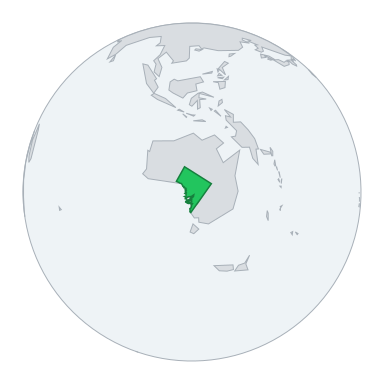 the Earth from above South Australia, rotated 33°
{"feature_id": "AUS-2655", "entity_name": "South Australia", "entity_type": "State", "adm_level": 1, "iso_a3": "AUS", "parent_name": "Australia", "parent_adm1": "", "projection": "orthographic", "projection_center": [136.572, -32.035], "detail": "fine", "context": "on_globe", "style": "filled", "palette": "green", "viewbox_px": 384, "rotation_deg": 33, "n_neighbors": 0, "source": "natural_earth", "source_scale": "10m", "svg_char_len": 9341}
<svg xmlns="http://www.w3.org/2000/svg" viewBox="0 0 384 384"><g transform="rotate(33 192 192)"><circle cx="192" cy="192" r="169" fill="#eef3f6" stroke="#a8b0b8"/><path d="M303.6,169.1L303.5,170.4L303.3,170.4L303.6,169.1ZM339.9,113.4L338.5,110.3L340.3,113.4L339.9,113.4ZM337.0,107.7L337.6,108.9L337.0,107.8L337.0,107.7ZM336.1,106.4L336.7,107.3L336.1,106.6L336.1,106.4ZM335.0,105.1L335.5,105.7L335.0,105.1ZM332.9,102.1L332.3,101.3L332.7,101.6L332.9,102.1ZM231.5,356.3L231.9,356.2L234.0,355.7L231.5,356.3ZM233.8,28.3L228.7,27.8L223.0,25.9L233.8,28.3ZM197.6,23.1L189.5,23.3L197.7,23.5L200.7,24.1L195.4,26.6L171.6,32.4L175.2,35.0L174.0,37.0L167.6,38.3L169.2,35.4L164.7,34.6L166.6,33.0L156.8,34.9L159.1,32.7L150.4,35.6L151.3,37.1L159.1,35.9L150.5,39.9L155.6,43.0L153.8,47.9L137.0,59.2L123.6,64.6L122.2,66.8L118.2,65.5L110.8,71.1L116.8,81.2L115.9,85.1L104.9,95.0L105.0,92.1L94.3,88.7L90.8,98.7L98.9,103.9L101.6,113.1L94.8,111.9L92.2,104.3L88.4,102.8L90.5,94.2L89.4,84.0L82.5,88.8L84.1,84.2L81.5,78.3L72.3,85.5L56.9,104.9L53.1,117.9L48.5,126.5L47.2,113.5L50.6,103.2L47.7,107.0L48.4,103.1L46.6,106.0L53.1,95.9L60.3,86.2L68.1,77.1L76.6,68.5L85.7,60.6L95.4,53.4L105.5,46.9L116.0,41.1L127.0,36.0L138.3,31.8L149.8,28.4L161.6,25.8L173.5,24.1L185.5,23.2L197.6,23.1ZM26.6,226.3L27.0,228.1L30.7,241.4L36.4,257.7L40.7,266.3L44.3,273.7L47.7,279.1L53.4,287.9L61.0,298.4L65.3,303.8L57.4,294.1L50.2,283.8L43.8,273.1L38.2,261.9L33.4,250.3L29.5,238.4L26.6,226.3ZM88.7,276.9L92.0,278.0L91.0,279.5L88.7,276.9ZM29.3,223.7L38.8,251.7L39.0,256.1L35.7,250.6L29.9,235.2L28.5,226.4L26.9,217.9L29.3,223.7ZM141.6,131.5L146.7,131.9L146.6,132.6L141.6,131.5ZM136.2,129.5L141.9,129.2L135.4,131.2L136.2,129.5ZM144.2,129.1L150.0,127.3L152.5,125.9L152.1,127.5L144.2,129.1ZM132.5,130.0L112.6,133.2L105.1,133.0L106.6,129.9L118.9,128.0L132.5,130.0ZM106.1,130.0L94.8,125.8L81.0,111.3L85.9,109.6L100.6,116.3L99.7,118.7L106.5,122.5L106.1,130.0ZM134.2,111.5L133.2,118.2L122.1,119.3L117.1,119.1L113.7,111.6L115.6,107.1L119.6,106.5L136.2,90.8L141.7,93.4L136.4,99.4L141.0,104.3L134.2,111.5ZM53.3,118.7L54.6,124.7L52.3,127.6L53.3,118.7ZM143.8,81.5L136.5,87.5L143.4,79.8L143.8,81.5ZM148.4,74.7L148.4,77.2L146.0,75.0L148.4,74.7ZM121.2,70.0L117.0,71.4L117.3,69.8L123.0,67.0L121.2,70.0ZM152.3,52.6L150.6,56.9L149.3,58.4L148.1,56.0L152.3,52.6ZM266.1,230.8L269.0,234.5L264.5,239.3L257.8,243.2L250.6,241.8L266.1,230.8ZM212.2,226.6L210.2,218.2L217.9,219.4L216.2,226.0L212.2,226.6ZM270.9,228.1L274.9,222.9L274.7,213.6L276.3,223.0L281.4,226.8L270.8,235.0L270.9,228.1ZM178.8,190.7L148.0,204.7L140.7,203.6L141.3,197.4L132.2,181.1L134.4,181.1L131.4,170.4L148.9,159.0L161.1,141.9L172.2,143.1L179.8,131.9L191.8,133.7L188.9,142.5L202.2,150.4L209.2,130.9L219.2,155.0L230.2,166.2L235.6,183.9L223.2,209.8L214.2,213.6L211.6,210.0L208.1,212.5L201.4,209.8L196.0,199.0L192.6,201.5L195.1,194.6L190.6,200.4L186.3,193.8L178.8,190.7ZM265.2,166.6L267.4,168.2L271.5,174.5L267.9,172.0L265.2,166.6ZM298.0,170.3L299.4,173.3L296.9,172.2L298.0,170.3ZM303.3,170.4L300.4,169.2L303.6,169.1L303.3,170.4ZM274.8,157.1L276.1,159.1L275.3,159.2L274.8,157.1ZM273.9,156.1L274.9,154.3L275.0,156.7L273.9,156.1ZM262.5,139.2L263.6,138.5L264.3,139.7L262.5,139.2ZM154.3,131.6L161.2,125.9L165.2,125.4L154.3,131.6ZM260.4,136.1L257.3,134.7L257.5,133.7L260.4,136.1ZM260.5,133.5L260.0,131.7L262.3,136.3L260.5,133.5ZM254.2,127.7L258.2,131.9L253.8,127.9L254.2,127.7ZM252.0,127.3L249.2,125.2L249.3,124.8L252.0,127.3ZM222.3,121.2L232.5,132.9L224.7,130.7L215.8,123.1L209.6,127.3L195.0,124.3L198.1,121.4L196.0,116.3L181.5,113.1L178.5,109.8L183.5,108.1L174.2,105.2L184.4,104.4L188.7,111.0L194.6,106.7L205.0,109.2L215.5,113.1L224.3,119.7L222.3,121.2ZM184.8,118.3L186.6,118.5L185.1,120.3L184.8,118.3ZM243.8,119.9L247.9,124.4L247.5,125.0L245.5,123.9L243.8,119.9ZM226.2,119.0L235.5,116.1L237.8,116.8L231.7,121.2L226.2,119.0ZM233.1,112.0L237.6,113.9L240.0,117.6L239.1,118.2L233.1,112.0ZM163.9,111.6L163.6,113.3L161.0,112.0L163.9,111.6ZM167.2,110.6L175.1,112.7L166.6,112.0L167.2,110.6ZM144.3,105.4L146.5,109.2L153.3,106.3L148.1,110.3L153.0,116.8L151.5,119.5L146.6,112.3L145.2,120.1L142.2,120.2L140.4,113.8L143.3,105.8L146.3,102.5L158.8,100.6L144.3,105.4ZM167.1,105.6L165.1,101.0L166.6,98.0L168.8,100.4L167.1,105.6ZM159.4,90.6L154.5,86.0L149.6,88.0L159.8,81.1L162.8,86.5L159.4,90.6ZM155.8,80.4L151.2,82.2L156.1,78.3L155.8,80.4ZM150.2,80.7L150.1,77.7L153.5,77.9L150.2,80.7ZM158.1,80.4L159.6,75.1L161.0,78.1L158.1,80.4ZM149.6,71.1L156.3,75.5L146.9,74.0L148.2,64.8L152.3,64.2L149.6,71.1ZM183.2,39.3L183.1,37.7L187.3,37.5L186.2,38.6L183.2,39.3ZM200.9,36.4L188.4,36.9L178.3,38.1L180.7,38.9L177.2,41.8L174.4,39.0L182.5,36.1L189.9,35.8L192.4,33.9L198.6,33.1L199.4,30.9L202.6,30.3L204.1,32.3L200.9,36.4ZM199.5,30.0L203.1,27.3L210.4,28.5L211.2,29.4L206.5,30.0L202.9,29.3L199.5,30.0ZM206.1,27.1L202.8,26.5L201.0,23.8L202.4,23.7L207.6,25.7L204.7,25.4L203.8,26.0L206.1,27.1Z" fill="#d9dde1" stroke="#a8b0b8" stroke-width="1"/><path d="M186.1,193.4L185.9,193.3L185.7,193.3L185.6,193.5L185.4,193.5L185.2,193.5L185.3,193.3L185.3,193.2L185.5,193.1L185.2,192.7L185.0,192.8L185.0,192.6L184.8,192.6L184.7,192.4L184.8,192.4L184.7,192.3L184.5,192.5L184.3,192.4L184.1,192.4L184.1,192.5L184.3,192.5L184.2,192.6L183.9,192.6L183.6,192.6L183.2,192.3L182.5,191.9L181.9,191.9L181.8,192.0L181.7,192.0L181.8,192.2L181.6,192.1L181.4,192.2L181.2,192.2L180.8,191.9L180.0,191.4L179.4,191.0L178.5,190.7L178.3,190.7L178.0,190.9L177.5,191.1L175.9,191.1L175.7,191.2L175.4,191.2L174.9,191.3L174.4,191.4L174.2,191.4L173.5,191.5L173.4,191.6L173.1,191.6L172.0,174.9L203.7,174.5L202.8,198.1L202.7,198.0L202.2,209.9L201.6,209.9L201.4,209.8L201.0,209.5L200.9,209.5L200.8,209.4L200.8,209.2L200.6,208.7L200.3,208.4L200.1,208.2L199.6,207.5L199.4,207.3L199.5,207.2L199.5,206.9L199.4,206.7L199.6,206.4L199.8,206.1L199.8,205.6L199.5,204.9L199.1,204.0L199.0,203.9L198.9,203.7L198.3,203.0L197.6,202.5L197.8,202.5L198.9,203.6L199.1,203.9L199.4,204.5L199.4,204.3L199.2,203.8L198.9,203.5L198.8,203.4L198.3,202.8L197.9,202.6L198.0,202.5L198.0,202.4L198.4,202.4L198.4,202.6L198.4,202.8L198.5,202.9L198.7,202.6L198.4,202.3L198.5,202.2L198.7,202.3L198.7,202.2L198.7,201.9L198.6,202.0L198.6,201.9L198.3,201.7L198.3,201.8L198.1,202.0L197.9,201.9L197.7,202.0L197.9,202.3L197.6,202.3L197.5,202.2L197.3,202.2L197.4,202.3L197.6,202.3L197.8,202.4L197.5,202.5L197.4,202.4L197.2,202.4L197.0,202.5L196.9,202.6L196.7,202.7L196.1,202.7L195.9,202.7L195.7,202.6L195.8,202.4L196.0,202.2L196.3,201.9L196.5,201.8L196.5,201.5L196.6,201.4L196.6,201.1L196.7,200.9L196.6,200.4L196.7,200.2L196.8,200.1L196.5,199.9L196.5,199.7L196.4,199.6L196.3,199.4L196.2,199.3L196.0,198.8L196.0,198.7L195.9,198.6L195.9,198.4L195.7,198.2L195.5,198.5L195.3,199.0L195.2,199.4L195.2,199.5L195.2,199.8L195.1,200.1L195.0,200.3L194.9,200.7L194.9,200.9L194.8,201.1L194.6,201.3L194.4,201.1L194.1,201.1L193.8,201.3L193.6,201.3L193.4,201.5L193.1,201.4L192.8,201.6L192.7,201.6L192.7,201.3L192.9,201.2L192.9,200.8L193.0,200.7L193.4,200.5L193.7,200.5L194.0,200.6L194.1,200.2L194.3,199.6L194.2,199.4L194.2,199.2L194.2,198.8L194.2,198.5L194.1,198.3L194.2,198.2L194.3,198.2L194.4,197.9L194.6,197.6L194.5,197.4L194.8,197.2L195.0,196.9L195.2,196.6L195.3,196.6L195.4,196.4L195.2,196.0L195.2,195.9L195.1,195.7L195.2,195.4L195.4,195.3L195.6,195.3L195.6,195.1L195.6,194.9L195.4,194.9L195.3,194.2L195.2,194.0L195.2,193.8L195.1,193.7L195.0,193.4L194.9,193.6L194.9,194.0L195.0,194.1L195.1,194.4L195.0,194.6L194.9,194.6L195.0,194.8L194.9,194.8L194.7,194.7L194.5,194.8L194.5,195.0L194.3,195.2L194.2,195.3L194.1,195.5L194.0,196.1L193.8,196.3L193.6,196.8L193.4,196.9L193.1,197.0L192.9,196.9L192.8,197.1L193.0,197.1L192.8,197.2L192.6,197.2L192.3,197.4L192.1,197.5L191.5,198.0L191.2,198.7L190.9,198.8L190.9,199.0L190.9,199.4L190.8,199.2L190.5,199.4L190.4,199.5L190.5,199.7L190.4,199.7L190.3,199.8L190.3,200.0L190.2,200.1L190.3,200.2L190.5,200.1L190.5,200.4L190.6,200.7L190.5,200.8L190.5,200.7L190.4,200.6L190.2,200.4L189.9,200.4L189.9,200.5L189.7,200.6L189.7,200.4L189.3,200.0L189.1,199.8L189.0,199.7L188.9,199.6L188.7,199.5L188.4,199.6L188.6,199.3L188.7,199.1L188.7,199.3L189.0,199.4L188.9,199.4L188.9,199.5L189.0,199.5L189.4,199.6L189.2,199.6L189.2,199.4L189.2,199.5L189.1,199.3L189.1,199.2L189.0,198.6L188.9,198.3L188.7,198.2L188.8,198.2L188.8,197.9L188.6,197.5L188.5,197.4L188.2,197.1L187.7,196.7L187.8,196.7L187.8,196.3L187.7,195.9L187.3,195.6L187.5,195.5L187.4,195.4L187.1,195.3L187.3,195.6L187.2,195.6L186.8,195.4L186.6,195.4L186.5,195.5L186.3,195.4L186.2,195.0L186.2,194.9L186.0,194.7L186.0,194.8L185.8,194.7L186.0,194.4L185.8,194.1L186.2,194.1L186.1,194.3L186.4,194.0L186.3,193.7L186.1,193.4ZM195.7,203.2L195.7,203.3L195.5,203.5L195.4,203.5L195.2,203.3L194.5,203.4L194.5,203.5L194.5,203.8L194.1,203.9L193.9,203.7L193.6,203.6L193.4,203.8L193.1,203.7L192.8,203.8L192.7,203.8L192.3,203.9L192.2,203.6L191.9,203.4L192.0,203.1L192.3,202.9L192.6,202.8L193.2,202.7L193.7,202.6L193.8,202.5L194.1,202.5L194.5,202.5L194.4,202.7L194.6,202.7L194.4,202.9L194.5,202.9L194.7,203.0L194.9,202.9L194.9,203.1L195.0,203.1L195.2,202.9L195.3,202.9L195.6,203.0L195.7,203.2ZM190.9,200.6L191.1,200.8L191.1,201.0L191.0,200.9L191.0,200.7L190.8,200.6L190.9,200.6ZM184.5,192.9L184.8,192.7L184.6,192.8L184.5,192.9ZM187.0,196.9L187.0,197.1L186.9,197.1L187.0,196.9ZM193.9,199.2L193.9,199.3L193.9,199.2ZM191.7,201.2L191.8,201.2L191.7,201.2L191.7,201.2Z" fill="#22c55e" stroke="#15803d" stroke-width="1.5"/></g></svg>